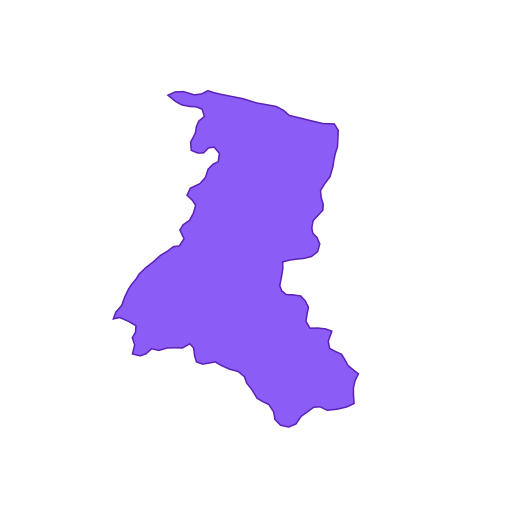 Estrela Dalva, Minas Gerais, Brazil (orthographic projection), rotated 217°
{"feature_id": "56859067B45399318958970", "entity_name": "Estrela Dalva", "entity_type": "district", "adm_level": 2, "iso_a3": "BRA", "parent_name": "Brazil", "parent_adm1": "Minas Gerais", "projection": "orthographic", "projection_center": [-42.466, -21.71], "detail": "fine", "context": "isolated", "style": "filled", "palette": "violet", "viewbox_px": 512, "rotation_deg": 217, "n_neighbors": 0, "source": "geoboundaries", "source_scale": "gbopen_adm2", "svg_char_len": 2038}
<svg xmlns="http://www.w3.org/2000/svg" viewBox="0 0 512 512"><g transform="rotate(217 256 256)"><path d="M318.3,127.1L309.9,128.1L306.3,122.4L305.7,116.4L299.4,112.0L295.7,103.4L288.4,106.6L285.0,111.6L283.5,119.2L276.8,122.1L271.7,129.0L266.1,133.5L259.5,138.2L256.0,146.0L250.4,145.0L245.1,139.4L239.8,135.6L233.6,137.5L229.3,142.0L224.8,146.9L218.1,147.6L208.7,149.8L200.8,153.0L192.6,152.7L187.0,148.9L179.2,146.9L169.5,143.0L162.8,143.8L156.3,145.1L147.9,142.0L142.5,136.8L134.6,135.6L127.0,139.1L123.0,145.8L123.5,154.9L120.8,163.6L118.9,170.0L113.9,174.2L106.2,175.7L98.6,182.9L92.6,190.2L88.9,197.2L94.3,203.4L98.7,209.1L101.8,215.9L103.3,223.6L109.5,223.6L116.5,223.9L122.7,226.7L128.5,229.0L134.9,227.6L141.6,226.5L147.0,231.4L150.2,241.6L156.7,239.6L163.4,235.6L169.5,230.8L176.8,234.0L180.7,241.2L183.1,246.5L189.7,249.8L196.2,251.0L203.2,247.2L208.5,243.4L214.6,243.7L219.2,246.6L223.1,254.7L227.0,262.1L231.1,267.4L226.1,273.6L221.4,278.2L216.7,282.5L211.4,288.9L209.4,296.6L212.3,304.0L218.7,307.6L224.3,308.3L228.4,312.1L231.7,318.7L230.8,326.6L230.2,332.9L233.4,337.7L239.0,341.8L243.9,347.1L244.6,354.7L244.6,363.9L248.3,373.6L251.9,380.2L254.5,386.1L256.8,392.5L260.7,398.2L265.9,405.8L273.0,408.6L282.0,402.2L294.0,396.9L314.1,388.3L321.8,388.9L330.0,387.5L338.8,383.1L347.6,378.6L353.7,376.4L360.5,374.0L382.4,363.5L388.2,361.0L393.9,359.1L397.0,352.7L402.3,347.5L412.8,343.7L419.3,338.4L423.1,331.4L413.2,331.0L406.3,332.0L399.1,335.4L393.5,339.2L387.4,340.8L381.2,336.4L382.9,329.2L381.5,323.5L378.3,317.5L376.8,307.7L371.3,301.4L364.5,303.2L359.9,306.8L359.0,313.7L354.9,317.8L347.0,315.9L342.9,308.6L345.5,303.6L346.5,296.6L343.7,288.5L344.3,280.0L349.3,270.6L347.6,263.0L340.0,262.1L334.7,260.1L331.7,252.3L330.6,244.4L333.0,237.2L332.4,230.9L323.9,226.5L323.3,217.9L327.6,213.8L329.5,206.8L332.7,199.0L334.4,190.1L337.0,180.4L338.5,171.2L337.9,165.3L338.3,159.5L337.9,152.9L336.2,144.4L333.5,135.6L334.2,127.1L332.1,119.9L327.7,124.9L318.3,127.1Z" fill="#8b5cf6" stroke="#5b21b6" stroke-width="1.5"/></g></svg>